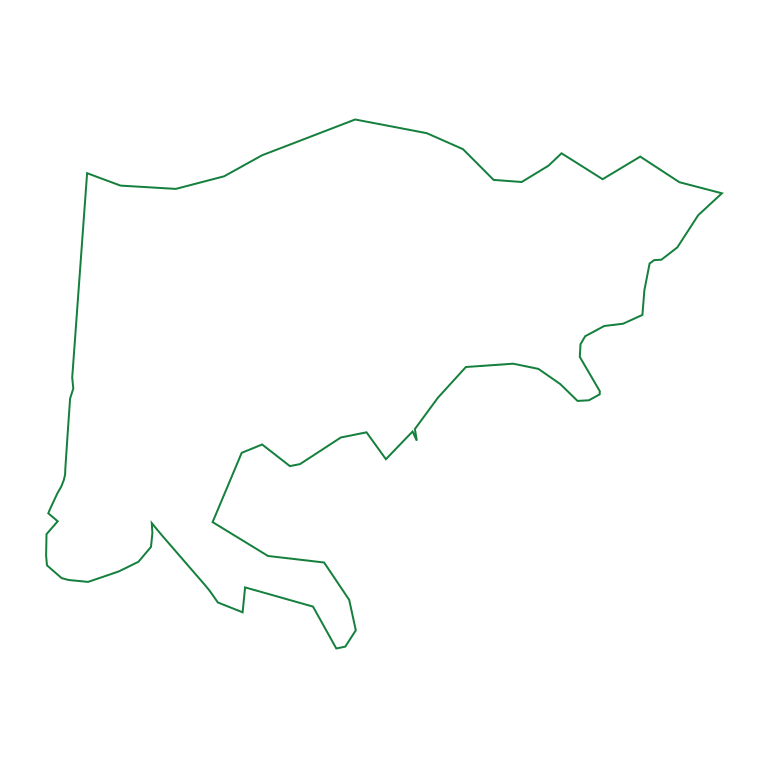 outline of Orleans, Louisiana, United States of America
{"feature_id": "52423323B18472828692910", "entity_name": "Orleans", "entity_type": "district", "adm_level": 2, "iso_a3": "USA", "parent_name": "United States of America", "parent_adm1": "Louisiana", "projection": "natural_earth1", "projection_center": [-89.919, 30.033], "detail": "fine", "context": "isolated", "style": "outline", "palette": "green", "viewbox_px": 768, "rotation_deg": 0, "n_neighbors": 0, "source": "geoboundaries", "source_scale": "gbopen_adm2", "svg_char_len": 1187}
<svg xmlns="http://www.w3.org/2000/svg" viewBox="0 0 768 768"><path d="M416.8,440.7L414.9,429.0L438.0,397.6L465.9,367.0L513.1,363.7L538.4,368.9L560.3,384.1L577.5,400.9L588.9,400.3L599.7,394.3L599.8,391.2L579.8,356.9L580.5,344.3L585.2,336.2L604.2,326.0L623.1,323.7L642.4,314.9L644.4,290.2L649.6,263.5L654.2,260.1L661.4,259.7L677.3,247.4L698.2,215.2L716.9,197.9L721.9,193.3L679.4,182.2L640.2,156.6L602.6,179.2L561.5,153.3L548.6,165.6L521.7,182.0L493.6,179.9L463.0,149.2L426.8,133.2L355.1,119.5L262.0,155.3L224.1,176.3L175.8,188.9L120.5,185.6L87.1,173.2L72.2,377.7L73.3,388.5L70.1,398.5L67.5,435.9L65.3,469.1L65.1,474.6L63.8,480.1L61.3,486.5L57.3,493.5L50.0,509.1L48.3,513.3L57.7,521.3L52.1,527.7L46.5,534.2L46.1,555.7L47.0,565.4L61.6,578.1L68.7,580.0L88.1,581.9L118.8,571.4L138.4,561.8L151.0,546.9L152.4,532.9L152.0,526.9L151.8,523.1L157.6,530.2L162.4,535.9L198.6,577.7L204.5,584.5L209.6,590.7L217.9,602.5L242.6,612.3L245.1,587.4L313.0,606.6L336.3,648.5L345.3,646.6L355.8,630.3L349.2,599.9L324.1,562.5L268.0,556.0L212.6,522.1L241.7,452.8L262.1,444.5L289.9,466.1L300.0,464.1L340.8,437.5L366.5,432.3L385.9,459.2L412.6,431.5L416.8,440.7Z" fill="none" stroke="#15803d" stroke-width="2"/></svg>